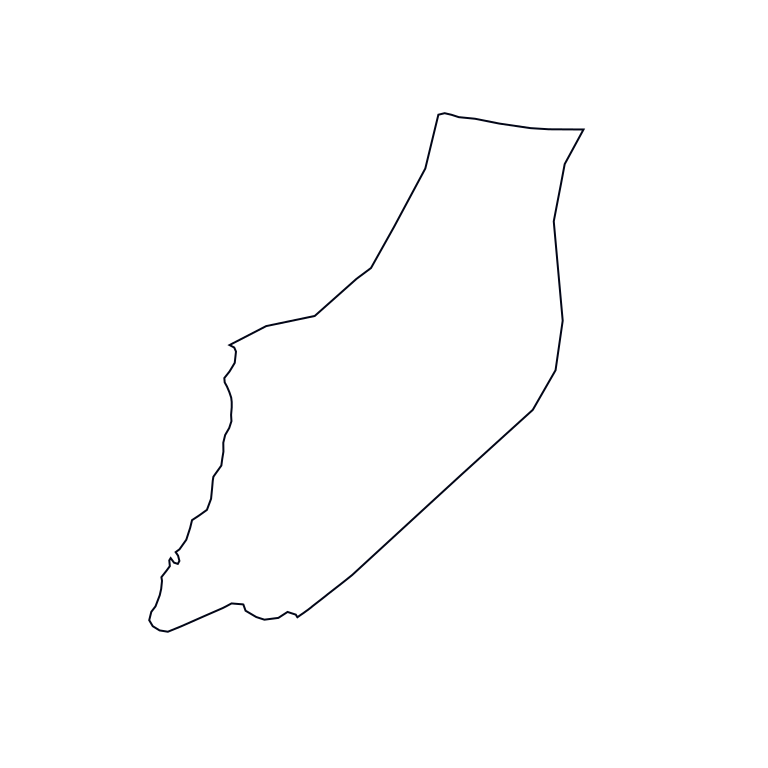 Foro Baranga, Western Darfur, Sudan, rotated 18°
{"feature_id": "16777658B32386260809283", "entity_name": "Foro Baranga", "entity_type": "district", "adm_level": 2, "iso_a3": "SDN", "parent_name": "Sudan", "parent_adm1": "Western Darfur", "projection": "robinson", "projection_center": [22.544, 12.241], "detail": "fine", "context": "isolated", "style": "outline", "palette": "ink", "viewbox_px": 768, "rotation_deg": 18, "n_neighbors": 0, "source": "geoboundaries", "source_scale": "gbopen_adm2", "svg_char_len": 1589}
<svg xmlns="http://www.w3.org/2000/svg" viewBox="0 0 768 768"><g transform="rotate(18 384 384)"><path d="M495.1,80.3L462.1,90.8L444.2,95.4L413.1,100.7L388.6,103.6L372.7,107.1L365.1,107.1L358.0,107.7L352.5,111.1L356.7,166.3L345.0,231.4L335.8,277.7L325.4,292.4L297.1,340.7L254.1,365.3L227.6,392.1L225.5,394.3L225.1,394.7L226.3,394.9L230.3,395.6L233.2,398.9L234.3,404.1L235.5,410.0L234.3,415.3L233.2,419.9L230.3,427.7L232.0,431.7L235.5,435.0L239.5,439.6L242.9,444.2L244.7,448.1L246.4,453.3L248.1,460.6L250.4,466.5L250.4,473.7L248.7,481.6L249.3,489.5L252.2,498.0L253.3,505.2L254.5,511.8L251.6,521.0L250.4,524.9L251.0,528.8L252.7,536.1L255.0,546.6L254.5,558.4L248.7,566.3L243.5,572.8L244.1,580.7L244.1,593.2L240.6,604.4L237.8,608.3L241.2,610.9L244.1,615.5L243.5,618.8L239.5,618.8L234.9,615.5L234.8,615.9L234.3,615.5L234.8,615.9L234.3,618.1L236.6,623.4L234.9,628.6L232.0,636.5L233.7,639.8L235.4,647.7L236.0,654.2L235.4,666.1L233.1,672.6L233.7,681.2L238.9,685.8L246.7,687.7L255.0,686.4L265.9,677.2L284.9,660.2L299.9,646.9L302.5,644.3L306.8,639.8L312.8,638.4L313.2,638.3L317.8,637.2L318.4,637.2L322.4,642.4L334.5,645.1L336.7,645.1L343.1,645.1L345.0,644.2L355.8,639.1L362.7,630.6L370.8,630.6L371.4,630.6L373.4,632.4L373.7,632.6L376.4,629.0L376.8,628.5L377.8,627.2L378.3,626.6L379.1,625.4L379.4,625.1L380.0,624.2L381.3,622.5L384.1,618.4L384.2,618.1L393.8,603.9L395.6,601.1L406.7,584.7L412.7,575.6L453.0,504.1L464.1,484.4L485.8,446.0L514.7,395.4L533.5,362.6L542.9,317.9L534.4,268.6L495.2,176.9L493.0,159.4L490.6,139.9L487.9,119.0L495.1,80.3Z" fill="none" stroke="#020617" stroke-width="2"/></g></svg>